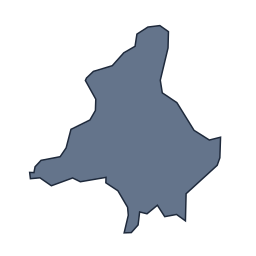 the border of Verbano-Cusio-Ossola, rotated 5°
{"feature_id": "ITA-5437", "entity_name": "Verbano-Cusio-Ossola", "entity_type": "Province", "adm_level": 1, "iso_a3": "ITA", "parent_name": "Italy", "parent_adm1": "", "projection": "mercator", "projection_center": [8.313, 46.111], "detail": "coarse", "context": "isolated", "style": "filled", "palette": "slate", "viewbox_px": 256, "rotation_deg": 5, "n_neighbors": 0, "source": "natural_earth", "source_scale": "10m", "svg_char_len": 736}
<svg xmlns="http://www.w3.org/2000/svg" viewBox="0 0 256 256"><g transform="rotate(5 128 128)"><path d="M33.9,180.8L38.2,180.6L38.8,174.7L44.2,167.8L62.9,162.5L68.1,153.2L71.3,134.3L89.4,123.3L94.0,113.4L93.4,102.1L81.4,84.4L82.3,81.8L88.6,74.6L106.9,67.3L117.3,53.4L127.9,46.0L128.7,33.7L139.0,25.7L150.8,23.2L159.9,28.5L160.9,44.8L156.0,77.6L159.1,90.0L174.5,98.5L194.0,124.6L210.1,132.9L221.0,129.1L222.1,149.7L220.1,157.4L191.6,188.4L193.3,215.5L183.9,209.9L172.3,213.1L164.0,202.4L154.4,211.8L146.9,210.6L146.5,223.7L140.4,231.9L133.3,232.8L135.9,214.9L134.5,207.0L123.4,191.4L110.7,184.5L110.4,179.1L85.2,185.7L77.2,182.6L56.7,192.2L44.6,185.3L35.2,187.0L33.9,180.8Z" fill="#64748b" stroke="#1e293b" stroke-width="1.5"/></g></svg>